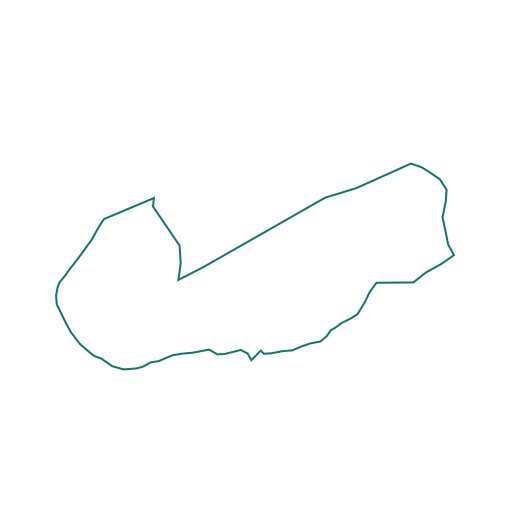 Asajaya, Sarawak, Malaysia, rotated 151°
{"feature_id": "92858781B82892950401115", "entity_name": "Asajaya", "entity_type": "district", "adm_level": 2, "iso_a3": "MYS", "parent_name": "Malaysia", "parent_adm1": "Sarawak", "projection": "albers", "projection_center": [110.63, 1.527], "detail": "fine", "context": "isolated", "style": "outline", "palette": "teal", "viewbox_px": 512, "rotation_deg": 151, "n_neighbors": 0, "source": "geoboundaries", "source_scale": "gbopen_adm2", "svg_char_len": 1055}
<svg xmlns="http://www.w3.org/2000/svg" viewBox="0 0 512 512"><g transform="rotate(151 256 256)"><path d="M75.7,261.7L135.7,266.8L167.3,273.5L307.8,271.8L335.5,272.7L325.4,286.1L317.8,302.1L320.4,330.7L322.1,349.2L317.2,356.2L370.9,362.0L375.2,359.9L382.7,355.6L391.3,350.2L402.6,344.8L414.5,339.4L424.7,335.1L432.7,331.3L440.8,328.1L444.6,324.9L450.0,318.4L453.7,310.3L454.3,298.0L454.8,289.4L454.8,278.6L452.7,264.6L449.4,255.5L446.2,247.4L440.8,240.9L435.4,229.6L426.8,221.0L415.0,215.6L408.5,214.0L399.4,214.0L392.4,211.3L377.3,209.7L368.2,206.5L358.5,202.2L350.4,199.5L342.3,196.8L337.5,188.7L331.0,185.5L314.9,181.2L310.6,174.7L310.6,167.2L304.7,168.8L297.7,171.0L296.6,166.7L289.6,163.4L278.3,159.7L270.2,155.9L260.0,154.8L250.9,153.2L241.2,150.0L233.1,151.6L226.6,154.8L221.8,154.8L213.7,155.9L204.0,155.4L195.4,155.9L183.1,162.9L173.9,169.4L163.7,174.2L131.2,156.6L115.2,159.2L97.6,159.2L82.4,160.8L82.4,172.6L74.0,199.5L63.9,211.3L57.2,221.4L58.0,234.0L63.1,244.1L68.1,253.3L75.7,261.7Z" fill="none" stroke="#0f766e" stroke-width="2"/></g></svg>